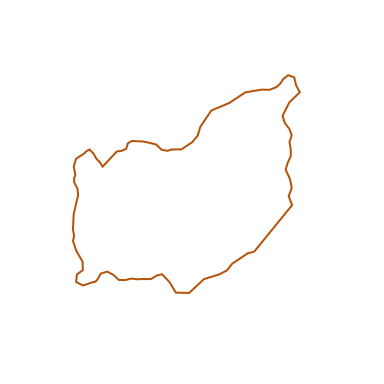 outline of Imereti, rotated 331°
{"feature_id": "GEO-3030", "entity_name": "Imereti", "entity_type": "Region", "adm_level": 1, "iso_a3": "GEO", "parent_name": "Georgia", "parent_adm1": "", "projection": "equal_earth", "projection_center": [42.964, 42.165], "detail": "fine", "context": "isolated", "style": "outline", "palette": "amber", "viewbox_px": 384, "rotation_deg": 331, "n_neighbors": 0, "source": "natural_earth", "source_scale": "10m", "svg_char_len": 1306}
<svg xmlns="http://www.w3.org/2000/svg" viewBox="0 0 384 384"><g transform="rotate(331 192 192)"><path d="M332.8,136.5L337.0,141.3L334.8,149.1L334.7,157.0L320.6,160.8L311.8,166.8L308.1,169.4L307.5,172.3L306.6,176.6L307.8,184.3L306.7,190.6L305.8,191.6L305.6,191.8L304.5,192.9L301.7,195.2L299.2,202.2L295.8,208.5L289.8,212.9L284.7,217.9L284.0,228.2L281.2,236.8L274.5,242.6L273.2,252.0L217.8,274.2L214.7,273.7L211.5,272.6L192.4,274.2L184.5,277.5L176.1,277.3L160.2,274.0L140.6,278.9L129.1,272.2L128.7,259.9L125.9,249.4L120.3,247.9L114.4,248.3L110.7,246.6L107.2,244.4L102.1,242.0L97.3,238.5L90.7,236.6L85.4,233.5L83.0,226.4L79.4,220.6L72.8,219.1L67.1,222.6L64.0,223.6L60.7,222.6L51.5,221.0L47.0,214.6L51.3,208.3L58.6,207.4L62.5,199.9L62.3,187.2L64.2,177.1L67.6,173.2L69.8,166.9L77.8,154.0L90.9,139.5L93.4,133.8L93.6,126.8L95.4,123.0L98.2,120.6L101.0,112.3L106.7,106.7L115.9,106.1L119.3,105.2L122.9,105.1L124.5,110.6L124.5,116.8L125.9,121.3L126.1,126.5L145.9,120.1L150.5,121.9L155.4,122.3L159.5,118.3L164.1,118.2L174.3,124.5L183.6,132.9L186.0,140.5L190.6,144.1L194.5,144.8L203.4,149.6L216.6,148.5L224.4,145.4L230.9,139.0L248.4,130.1L268.0,132.2L286.9,130.7L298.5,134.8L298.8,134.9L302.7,136.3L309.3,140.2L316.5,141.2L321.8,140.0L326.9,137.3L332.8,136.5Z" fill="none" stroke="#b45309" stroke-width="2"/></g></svg>